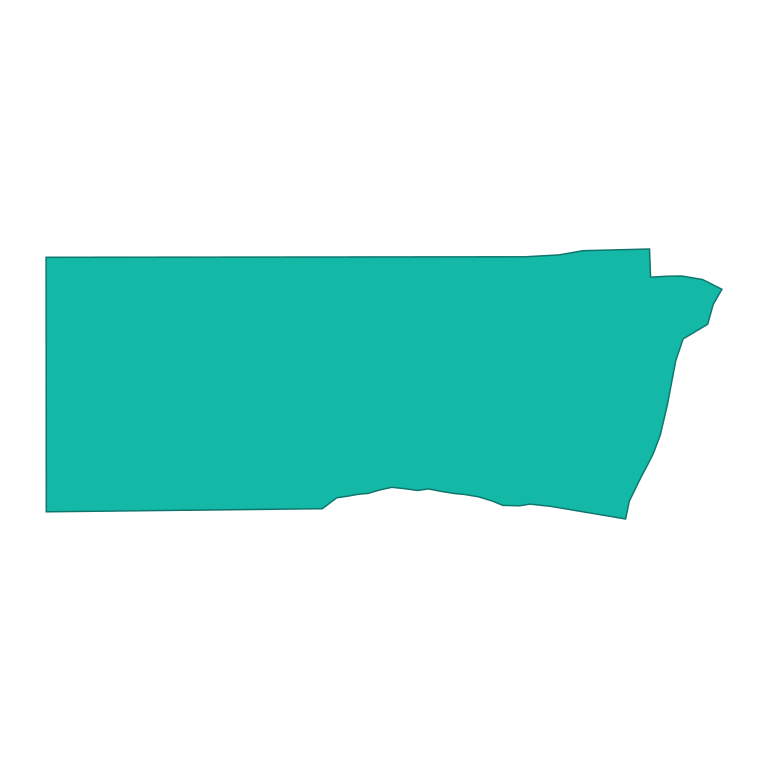 Capital, Mendoza, Argentina
{"feature_id": "61730980B70316540328463", "entity_name": "Capital", "entity_type": "district", "adm_level": 2, "iso_a3": "ARG", "parent_name": "Argentina", "parent_adm1": "Mendoza", "projection": "equal_earth", "projection_center": [-68.858, -32.881], "detail": "fine", "context": "isolated", "style": "filled", "palette": "teal", "viewbox_px": 768, "rotation_deg": 0, "n_neighbors": 0, "source": "geoboundaries", "source_scale": "gbopen_adm2", "svg_char_len": 634}
<svg xmlns="http://www.w3.org/2000/svg" viewBox="0 0 768 768"><path d="M707.7,324.2L713.2,304.4L721.9,289.3L702.5,279.5L681.7,276.0L667.2,276.2L650.6,277.2L649.5,249.0L582.8,250.7L559.0,254.9L524.9,256.8L46.1,257.3L46.3,511.8L322.4,508.7L336.7,497.8L348.1,496.1L358.0,494.3L368.1,493.4L379.6,490.0L391.8,487.3L404.8,488.7L417.7,490.5L428.5,488.9L440.7,491.3L455.0,493.6L464.8,494.5L478.4,496.8L491.9,500.9L502.9,505.4L519.6,505.8L529.9,504.1L551.0,506.4L625.6,519.0L629.3,501.2L641.1,477.0L647.3,465.4L653.3,453.5L660.2,435.3L667.3,405.2L675.7,360.9L683.1,338.9L707.7,324.2Z" fill="#14b8a6" stroke="#0f766e" stroke-width="1.5"/></svg>